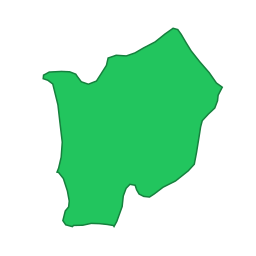 the border of Konče, rotated 96°
{"feature_id": "MKD-2932", "entity_name": "Konče", "entity_type": "Statistical Region", "adm_level": 1, "iso_a3": "MKD", "parent_name": "North Macedonia", "parent_adm1": "", "projection": "robinson", "projection_center": [22.386, 41.511], "detail": "fine", "context": "isolated", "style": "filled", "palette": "green", "viewbox_px": 256, "rotation_deg": 96, "n_neighbors": 0, "source": "natural_earth", "source_scale": "10m", "svg_char_len": 1057}
<svg xmlns="http://www.w3.org/2000/svg" viewBox="0 0 256 256"><g transform="rotate(96 128 128)"><path d="M58.1,149.9L56.9,147.4L56.5,137.2L52.6,128.9L46.6,120.7L39.6,110.1L30.5,100.9L25.1,94.7L24.1,93.6L24.9,88.8L29.3,84.9L37.2,79.1L44.7,73.3L54.6,63.6L64.5,53.0L74.0,44.8L77.6,38.5L86.0,41.8L91.5,41.8L99.1,43.8L105.8,49.6L112.9,54.9L119.2,55.9L129.1,56.4L145.3,57.3L157.1,58.3L164.3,63.6L175.7,75.2L183.2,86.9L190.9,95.1L194.4,99.4L194.4,105.2L192.5,110.1L188.5,113.0L184.2,114.9L183.8,120.2L188.2,123.6L196.1,125.6L206.7,125.6L222.1,129.4L227.4,131.6L226.5,132.3L226.1,138.6L226.1,146.4L226.7,154.6L229.4,162.8L230.6,172.0L231.9,173.0L230.8,179.8L226.9,183.1L217.0,181.7L212.7,178.8L206.8,178.8L196.9,181.7L185.0,187.0L179.5,192.4L179.3,194.0L175.1,192.8L164.0,191.4L149.0,191.9L127.7,196.7L112.3,200.1L92.1,207.4L88.9,212.7L87.8,217.5L84.2,217.5L83.1,215.8L80.6,212.2L78.7,200.1L78.2,191.9L79.9,185.6L82.2,183.7L86.9,179.3L88.6,172.0L84.6,164.3L77.9,160.9L68.0,156.0L60.5,155.1L58.1,149.9Z" fill="#22c55e" stroke="#15803d" stroke-width="1.5"/></g></svg>